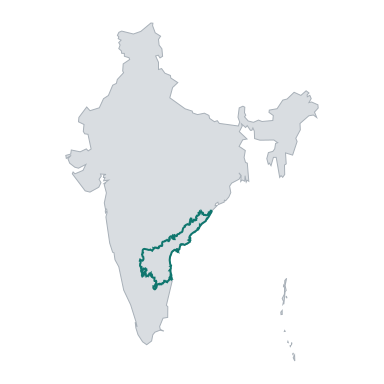 where Andhra Pradesh sits in India
{"feature_id": "IND-2441", "entity_name": "Andhra Pradesh", "entity_type": "State", "adm_level": 1, "iso_a3": "IND", "parent_name": "India", "parent_adm1": "", "projection": "equal_earth", "projection_center": [79.939, 15.897], "detail": "fine", "context": "in_parent", "style": "outline", "palette": "teal", "viewbox_px": 384, "rotation_deg": 0, "n_neighbors": 0, "source": "natural_earth", "source_scale": "10m", "svg_char_len": 9607}
<svg xmlns="http://www.w3.org/2000/svg" viewBox="0 0 384 384"><path d="M65.8,155.4L70.7,154.1L71.3,150.0L80.2,151.8L86.3,148.9L88.2,150.9L91.1,149.0L88.0,134.3L84.7,133.8L83.3,131.4L84.0,124.5L78.5,121.8L78.9,117.4L86.7,107.0L90.0,110.7L99.3,107.8L103.5,98.7L108.4,95.5L112.7,85.2L116.4,83.4L117.3,79.5L123.6,72.7L122.7,71.0L123.2,63.9L129.7,59.5L129.0,57.7L124.4,56.3L124.3,53.4L121.7,53.3L121.3,50.8L118.8,48.6L120.1,45.0L118.7,42.6L121.1,40.1L118.2,38.7L118.8,36.9L117.4,35.4L118.9,32.3L121.7,31.1L133.4,34.0L140.8,31.4L150.9,23.0L152.9,23.2L152.6,25.7L155.2,32.8L160.6,36.2L158.5,39.4L159.1,45.1L161.9,48.8L162.6,56.3L160.0,57.9L158.2,55.2L155.6,56.0L158.5,62.3L158.5,69.5L161.6,68.6L164.9,73.2L170.4,75.5L170.8,78.0L177.8,82.6L172.6,87.5L169.8,97.8L185.1,108.8L192.2,111.1L192.7,112.9L197.5,114.6L204.4,113.2L208.9,115.4L209.6,118.4L214.4,121.7L217.3,120.7L219.3,123.4L238.3,126.0L239.7,122.0L238.0,117.3L239.2,107.9L242.9,106.2L244.8,107.2L244.5,112.8L245.8,115.2L244.5,116.8L248.2,121.0L253.5,122.3L258.5,120.1L262.0,121.5L272.8,120.5L273.3,115.5L269.0,112.4L269.3,110.1L277.1,108.7L282.8,100.1L287.1,99.0L294.1,92.3L300.9,95.4L306.1,90.8L309.0,93.0L307.1,94.9L307.3,96.8L309.8,95.3L311.2,98.6L308.9,102.6L311.6,102.0L317.9,104.8L318.2,108.0L314.5,112.1L316.7,117.5L313.4,115.0L308.8,115.8L300.0,123.5L300.3,129.9L295.8,138.3L297.1,141.5L292.6,155.1L285.5,152.9L286.2,163.9L284.5,165.0L284.7,174.5L282.7,177.3L281.0,175.6L279.7,177.4L276.2,157.4L273.4,157.4L271.0,165.7L269.3,163.1L268.3,164.2L266.8,158.6L268.4,152.6L272.8,151.4L274.7,148.9L275.6,143.4L277.7,142.7L273.9,140.0L259.9,140.2L254.6,138.6L254.3,131.1L252.9,127.9L251.9,130.3L250.4,130.3L247.2,125.6L245.6,127.5L241.5,123.9L242.2,126.1L239.3,131.7L247.0,139.0L242.7,139.8L239.1,146.4L245.3,150.5L244.1,157.5L245.5,162.4L247.3,163.2L248.8,181.3L247.1,180.2L246.2,182.1L245.1,175.7L244.7,181.2L242.1,180.0L240.7,181.5L241.2,175.5L238.9,172.8L240.9,175.8L239.1,179.2L231.7,183.1L229.6,186.2L230.8,192.6L228.8,197.1L225.6,200.8L224.4,200.2L224.2,202.1L218.5,204.5L217.9,202.2L215.6,203.7L215.1,205.7L217.4,205.3L211.5,211.3L205.7,221.2L190.2,235.5L189.4,241.9L184.9,244.7L180.7,244.6L177.9,251.6L175.0,249.9L171.8,252.1L169.7,259.8L171.9,279.0L170.6,276.2L169.7,277.5L172.3,280.5L166.4,305.3L167.8,306.7L167.7,317.4L163.0,318.2L159.6,326.6L160.3,329.4L163.9,331.1L160.0,330.2L154.9,332.2L152.8,334.8L151.6,341.0L146.7,344.7L142.6,341.8L138.0,334.7L135.9,328.0L135.2,322.2L137.1,326.9L136.1,322.2L130.6,304.7L123.7,290.1L118.8,266.8L115.0,259.8L114.0,252.8L112.6,252.2L109.7,243.1L105.9,217.0L107.1,212.5L106.9,210.9L105.6,213.0L105.3,211.8L105.5,209.2L107.0,209.4L105.3,208.4L104.3,202.9L106.4,192.9L104.2,184.6L105.2,183.4L104.1,183.5L108.6,180.1L103.6,180.8L105.0,177.5L103.4,177.5L103.7,175.3L106.0,174.4L100.5,174.0L101.3,176.1L99.1,179.3L101.0,182.7L98.8,187.2L90.0,192.1L85.2,190.9L72.3,173.8L73.1,172.0L75.0,173.8L83.0,170.4L85.9,164.4L78.5,168.2L74.8,167.2L69.7,163.2L67.9,158.7L71.1,155.4L66.3,158.4L65.8,155.4ZM284.0,302.6L282.2,298.5L284.4,294.2L284.8,280.5L286.6,278.3L285.1,285.6L286.2,290.4L285.1,291.7L284.0,302.6ZM294.6,355.0L294.8,361.0L293.2,357.7L294.6,355.0ZM282.2,314.5L281.0,314.6L280.8,312.1L282.2,310.4L282.2,314.5ZM290.5,345.5L290.4,347.2L290.1,345.6L290.5,345.5ZM291.9,343.1L291.4,345.4L291.5,342.9L291.9,343.1ZM293.4,352.9L293.0,354.7L292.6,354.0L293.4,352.9ZM285.2,331.4L284.3,331.5L284.7,330.5L285.2,331.4ZM283.7,303.5L282.9,304.4L283.2,302.9L283.7,303.5ZM286.5,296.5L287.0,298.2L286.0,296.9L286.5,296.5ZM288.3,342.6L287.6,342.3L287.9,341.4L288.3,342.6ZM283.7,285.5L283.4,287.3L283.6,285.3L283.7,285.5Z" fill="#d9dde1" stroke="#a8b0b8" stroke-width="1"/><path d="M171.7,278.7L171.4,277.7L170.5,276.0L170.4,277.4L170.2,276.7L170.0,276.9L169.7,277.4L169.7,277.7L170.3,278.8L171.2,279.0L171.5,279.2L171.0,279.4L170.1,279.3L170.2,278.7L169.5,278.4L169.5,278.6L169.7,279.0L168.9,279.7L168.8,280.4L167.5,281.3L167.0,281.3L167.0,281.6L167.3,281.9L167.2,282.2L166.5,282.0L166.3,281.4L165.4,281.5L164.9,280.8L164.2,280.8L164.0,282.2L163.6,282.5L163.0,283.3L162.4,283.1L161.6,284.3L160.9,284.4L160.3,284.2L160.2,283.8L159.8,283.7L159.6,283.8L159.3,284.4L159.1,284.4L158.9,283.9L157.7,284.2L157.5,284.5L157.1,284.7L157.0,285.0L156.4,287.6L156.0,288.1L155.7,287.9L155.6,288.6L155.2,289.2L154.6,289.3L153.9,288.8L153.3,287.8L153.4,287.4L153.4,286.6L153.8,286.8L154.1,286.5L154.3,286.0L154.4,285.9L155.1,286.5L155.4,286.5L155.2,285.9L154.9,285.6L155.4,284.3L155.8,283.9L155.9,283.2L156.2,282.6L156.3,281.5L156.2,281.2L155.8,281.5L155.3,281.0L154.6,281.0L154.4,280.3L154.5,277.7L153.3,277.7L152.9,277.6L152.4,276.9L151.8,276.9L151.7,276.5L152.2,276.3L152.0,275.7L152.1,275.2L151.9,274.5L151.5,274.2L151.2,274.4L150.9,274.3L150.5,274.8L150.4,274.2L150.7,273.8L150.7,273.2L150.1,273.8L149.4,273.5L149.2,273.8L149.3,274.3L148.5,275.1L148.2,275.7L148.0,275.4L147.8,275.4L147.6,275.6L147.6,275.9L146.3,276.4L146.1,275.2L145.7,274.7L144.9,274.6L144.2,274.4L144.0,274.1L143.6,274.3L143.5,273.8L143.4,274.3L143.1,274.5L143.4,274.8L143.4,275.6L142.8,275.5L142.6,275.9L142.2,275.4L142.0,275.8L141.9,275.6L141.9,274.8L142.3,273.8L141.7,272.6L141.7,272.0L141.1,271.1L141.1,270.8L141.5,270.5L142.0,270.7L142.2,272.0L143.0,272.4L143.3,272.7L144.4,272.5L144.8,272.6L145.2,273.5L145.2,273.9L145.7,274.1L145.8,273.9L145.7,273.1L145.4,272.8L145.2,272.1L145.5,271.5L145.2,271.3L145.6,270.7L146.3,270.6L146.5,270.4L146.3,269.9L146.4,269.3L146.0,269.1L145.7,268.7L145.5,269.0L145.7,269.7L145.7,269.9L145.4,269.8L145.2,269.4L144.7,269.1L144.6,268.7L143.9,268.8L143.5,268.6L143.0,269.3L142.9,270.0L141.4,269.6L141.6,269.1L141.1,268.7L141.0,268.1L141.1,267.8L141.4,267.8L141.6,267.1L141.5,266.9L140.7,267.0L140.4,266.2L140.1,266.0L140.0,265.4L140.2,263.5L140.5,263.2L140.7,261.6L140.6,261.3L139.8,260.9L140.2,259.6L141.1,260.2L141.8,260.4L142.2,260.3L142.6,260.6L143.1,260.1L143.5,259.0L143.3,257.0L142.6,256.5L142.5,255.7L142.0,254.6L142.1,254.4L142.3,254.6L142.3,253.3L142.4,252.9L142.7,252.7L143.0,252.8L143.1,252.7L142.6,251.5L142.7,250.2L143.0,249.6L143.6,249.1L144.4,248.9L147.4,249.5L148.3,249.9L150.0,249.9L150.4,249.6L152.2,250.7L152.6,250.0L153.4,249.3L153.6,248.6L153.5,248.2L154.0,248.4L154.4,247.9L154.5,248.0L154.9,247.7L155.8,247.5L156.3,248.0L157.1,247.8L157.9,248.3L158.4,248.2L158.8,247.9L158.9,246.8L159.3,246.9L159.6,246.4L160.4,245.7L161.7,246.0L162.1,245.8L162.3,244.7L162.1,244.0L162.2,242.7L162.6,241.8L164.0,241.6L164.8,241.0L165.2,241.1L165.6,240.6L166.7,240.4L167.1,239.9L167.6,240.3L168.1,240.2L168.4,241.1L168.8,241.1L169.6,239.8L169.8,238.8L169.2,238.2L169.3,237.8L169.9,237.0L170.5,236.4L171.1,236.3L171.4,236.4L171.7,236.7L172.1,238.0L172.7,238.6L173.7,239.1L174.5,239.1L174.2,238.3L174.5,237.8L174.4,237.4L173.9,237.2L173.4,237.4L172.6,236.9L172.6,235.9L172.7,235.7L173.1,236.3L173.4,236.2L173.6,235.9L173.7,235.4L174.5,235.0L174.9,235.3L175.2,235.7L176.6,236.1L176.8,236.0L177.0,235.7L177.1,234.8L177.5,234.3L179.4,233.7L180.0,232.8L181.7,232.2L182.3,231.6L182.9,229.0L183.2,228.2L183.7,227.5L185.0,226.7L185.1,226.3L184.8,225.8L186.3,224.7L186.9,224.6L187.3,224.2L187.8,224.1L188.1,224.2L188.6,224.7L189.1,224.8L189.4,224.2L189.9,224.2L189.9,223.3L190.2,223.0L189.7,222.5L189.7,222.2L190.2,221.2L190.1,220.8L190.2,219.7L190.8,218.5L191.4,218.6L191.5,219.6L192.3,220.8L192.1,221.7L192.7,221.9L192.9,221.2L193.8,220.6L193.9,220.3L193.9,219.7L194.0,219.6L194.8,219.8L194.8,220.4L195.0,220.4L196.2,220.0L196.1,219.2L196.6,218.4L196.5,218.2L196.3,218.2L196.0,217.7L196.1,217.0L196.9,215.6L197.1,215.5L197.6,215.8L199.3,214.5L199.1,214.0L198.7,213.6L198.5,212.9L198.8,212.7L199.6,213.2L199.8,213.1L199.9,211.9L200.1,212.1L200.3,212.6L200.6,212.1L200.9,211.8L201.1,211.2L202.0,212.6L202.3,213.6L202.5,213.4L202.4,212.7L202.9,212.8L203.4,214.4L203.8,215.0L205.3,214.9L206.1,215.3L207.7,214.9L208.1,213.9L208.5,213.9L208.8,213.3L208.8,212.4L209.3,212.4L210.3,211.6L210.6,211.7L210.7,211.4L210.7,210.9L211.4,210.9L211.6,211.4L211.2,211.0L211.0,211.5L211.2,211.9L211.4,211.5L211.6,211.7L210.7,213.4L210.3,213.8L209.5,215.4L208.7,216.6L208.5,217.1L208.0,217.5L207.7,218.1L207.2,218.4L206.9,218.4L206.8,218.6L207.1,218.7L207.8,218.1L206.0,220.2L205.7,221.1L202.8,223.0L201.3,224.1L200.6,225.4L200.1,225.9L199.9,225.6L199.9,226.3L198.9,228.1L198.5,228.4L198.3,228.1L198.1,228.1L198.1,228.3L198.6,228.7L198.1,229.1L197.8,229.1L198.0,229.6L196.7,230.3L195.0,231.8L194.9,231.6L193.4,232.5L191.2,234.2L190.8,235.0L190.3,235.3L189.7,236.3L189.3,237.5L189.4,238.2L189.8,238.5L190.2,238.5L190.3,238.3L190.1,237.2L190.3,237.8L190.3,238.9L190.1,240.5L189.8,241.4L189.5,241.2L189.8,241.7L189.4,241.9L188.9,242.5L187.7,243.3L187.4,243.3L187.0,243.8L185.8,244.2L184.9,244.8L184.5,244.9L184.0,244.6L183.3,244.6L183.1,244.2L182.9,244.2L183.0,244.4L182.5,244.3L181.8,244.6L181.9,244.3L181.8,244.1L181.0,244.2L180.4,244.7L180.3,244.8L180.4,245.4L180.2,245.7L179.5,248.2L179.5,249.0L178.1,250.5L178.2,251.3L177.3,250.4L177.2,248.3L177.1,248.6L177.2,248.9L177.1,249.9L176.4,252.1L176.4,250.6L176.1,250.1L175.2,249.8L175.1,250.0L174.3,250.2L174.1,250.1L173.1,251.0L172.7,251.1L171.7,252.3L171.0,254.5L170.3,256.0L170.0,257.0L169.7,259.6L169.7,260.5L170.2,264.1L170.6,264.8L170.8,265.5L170.5,265.9L171.0,265.9L170.8,267.1L170.8,268.6L170.3,269.7L170.0,269.7L169.6,270.3L169.8,270.3L170.3,269.8L170.4,270.0L170.3,271.0L170.5,272.4L171.4,275.2L171.2,276.4L171.8,278.5L171.7,278.7ZM189.1,240.0L188.9,239.9L189.0,239.7L188.6,240.0L189.4,240.4L189.6,240.3L189.4,240.2L189.7,240.1L189.7,239.9L189.6,239.7L189.5,240.0L189.1,240.0ZM177.8,251.1L178.0,251.5L177.6,251.8L177.0,250.9L177.1,250.5L177.8,251.1Z" fill="none" stroke="#0f766e" stroke-width="2"/></svg>